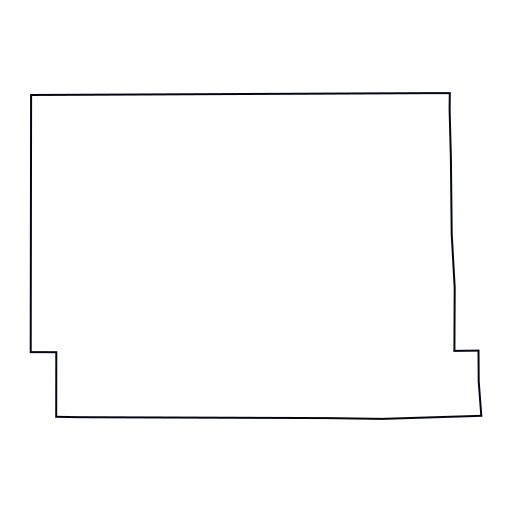 the district of Box Butte, Nebraska, United States of America
{"feature_id": "52423323B65677119819091", "entity_name": "Box Butte", "entity_type": "district", "adm_level": 2, "iso_a3": "USA", "parent_name": "United States of America", "parent_adm1": "Nebraska", "projection": "robinson", "projection_center": [-102.94, 42.22], "detail": "fine", "context": "isolated", "style": "outline", "palette": "ink", "viewbox_px": 512, "rotation_deg": 0, "n_neighbors": 0, "source": "geoboundaries", "source_scale": "gbopen_adm2", "svg_char_len": 335}
<svg xmlns="http://www.w3.org/2000/svg" viewBox="0 0 512 512"><path d="M481.3,415.8L478.7,381.3L478.5,350.6L454.4,350.9L454.7,287.6L451.7,234.0L450.9,158.3L449.6,109.3L449.8,93.1L435.4,93.1L31.1,95.0L30.7,352.1L56.3,352.2L56.2,416.8L79.4,417.2L327.6,418.1L381.9,418.9L481.3,415.8Z" fill="none" stroke="#020617" stroke-width="2"/></svg>